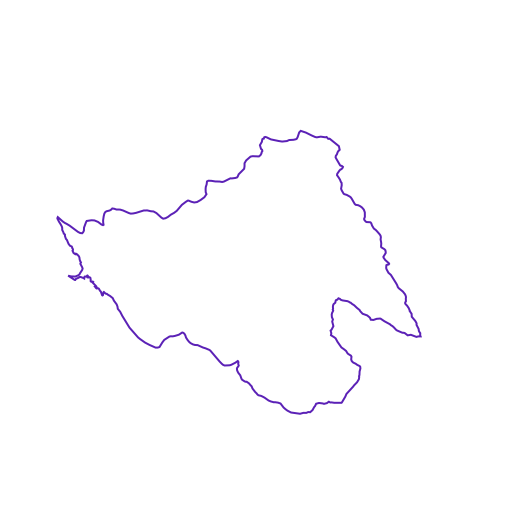 Encino, Santander, Colombia, rotated 309°
{"feature_id": "7082276B76520199809623", "entity_name": "Encino", "entity_type": "district", "adm_level": 2, "iso_a3": "COL", "parent_name": "Colombia", "parent_adm1": "Santander", "projection": "equal_earth", "projection_center": [-73.108, 6.085], "detail": "fine", "context": "isolated", "style": "outline", "palette": "violet", "viewbox_px": 512, "rotation_deg": 309, "n_neighbors": 0, "source": "geoboundaries", "source_scale": "gbopen_adm2", "svg_char_len": 6147}
<svg xmlns="http://www.w3.org/2000/svg" viewBox="0 0 512 512"><g transform="rotate(309 256 256)"><path d="M275.3,349.3L275.9,351.1L278.5,355.6L278.9,357.1L279.0,358.4L279.3,358.9L279.2,360.8L279.5,363.3L279.2,367.0L279.2,370.6L278.7,371.7L278.2,375.2L279.8,379.8L279.8,382.4L279.7,383.5L278.7,385.3L280.2,387.5L283.1,389.3L285.3,391.6L285.7,392.2L286.1,396.9L287.3,403.4L287.1,404.0L287.4,406.2L287.3,408.0L286.8,411.4L286.9,412.5L288.3,417.5L288.7,418.4L289.3,419.1L289.7,420.0L289.8,423.8L292.2,425.9L294.1,431.6L295.6,432.7L297.1,434.5L297.7,433.5L299.4,432.2L299.9,430.5L300.3,429.7L301.7,428.2L303.5,424.1L304.6,423.3L305.1,422.4L305.8,420.5L306.8,415.3L309.0,413.3L310.0,410.0L310.3,409.9L311.6,407.5L312.5,404.6L312.7,402.6L313.1,401.7L313.8,401.2L315.2,401.0L317.1,399.3L318.2,398.6L319.0,397.8L320.0,396.0L320.8,392.5L320.8,387.1L321.2,385.6L322.1,384.2L322.9,382.3L326.2,372.7L326.3,369.5L327.9,365.7L328.6,364.7L330.9,363.1L331.5,363.3L332.8,364.4L333.7,364.4L334.0,363.8L334.2,359.0L335.0,356.2L335.5,355.5L340.0,354.9L341.0,354.0L341.9,352.9L342.1,351.5L341.6,347.9L342.2,347.1L344.4,345.6L345.6,344.4L347.3,342.4L349.2,341.2L350.1,340.1L350.6,338.8L351.3,334.9L351.6,332.7L351.5,330.3L352.7,327.0L353.9,325.1L354.2,324.0L354.1,323.5L352.0,320.6L351.8,319.7L352.2,317.6L352.8,316.7L354.9,316.0L358.4,313.1L359.9,310.6L360.4,307.8L360.3,305.8L359.8,303.5L358.5,301.2L358.6,299.9L360.7,294.5L361.2,292.8L361.2,291.5L360.6,288.1L359.6,285.6L359.6,284.8L360.9,281.4L361.8,279.8L364.9,278.1L366.7,276.5L367.0,275.3L368.2,273.2L368.9,271.2L369.8,268.1L371.0,267.4L374.8,267.1L376.4,267.2L377.1,267.7L377.9,267.8L379.2,267.8L380.0,267.5L380.0,265.9L379.4,264.8L379.4,264.3L382.3,256.7L382.8,255.7L384.1,255.0L385.9,254.9L388.1,254.1L389.9,253.9L390.3,254.2L391.2,254.2L393.5,251.3L393.5,239.7L393.3,239.1L392.8,238.8L392.5,238.2L392.9,236.0L391.9,235.2L389.5,231.2L386.5,228.6L385.7,227.1L384.7,223.4L383.3,217.1L381.4,212.0L379.2,211.8L374.7,213.5L372.8,213.9L371.8,213.5L369.9,212.0L367.0,208.8L364.8,207.7L361.4,204.3L359.6,201.2L356.0,194.2L354.9,189.5L354.3,188.2L353.4,187.7L352.1,188.2L351.3,187.5L350.8,187.4L348.4,188.7L344.6,189.3L342.4,192.5L342.4,193.8L341.6,194.9L340.1,195.1L339.1,195.7L337.2,196.0L335.2,195.6L331.4,190.5L329.8,189.2L324.1,188.2L320.9,188.7L318.4,190.7L316.3,191.9L308.6,191.1L306.2,191.8L305.1,191.8L303.6,190.8L301.1,188.4L300.2,187.2L293.6,184.2L292.2,183.1L290.9,180.8L288.3,177.4L286.2,173.8L284.5,171.6L283.1,171.0L280.5,172.6L278.1,173.5L276.3,174.7L273.9,176.8L272.9,178.6L269.2,178.9L264.6,177.7L260.8,176.2L258.7,174.3L257.5,171.7L256.6,168.7L256.1,168.1L254.0,167.4L249.1,166.2L241.2,166.0L238.0,165.2L234.5,163.8L231.0,163.0L228.4,161.9L226.6,160.4L226.3,158.4L226.7,151.6L226.1,148.3L224.6,146.1L223.0,142.8L220.7,140.1L214.0,135.6L211.7,133.7L210.1,132.0L209.4,130.3L207.7,124.0L206.5,121.1L204.3,118.3L203.5,116.1L202.5,114.4L200.6,114.2L199.2,113.6L196.6,111.6L195.0,111.2L193.4,111.5L190.9,112.7L187.4,114.8L185.6,116.4L184.3,117.9L183.7,117.7L183.2,116.1L183.1,111.9L182.0,108.1L180.3,105.7L176.7,102.4L175.4,102.6L169.8,104.5L167.4,106.3L165.7,106.7L164.3,106.6L163.2,104.9L162.7,102.4L162.3,92.0L161.8,88.5L161.4,86.7L161.2,84.3L161.5,77.5L160.4,77.8L160.0,78.3L158.6,81.5L157.9,83.7L156.8,86.4L155.9,87.7L154.3,89.0L153.1,91.6L152.4,92.5L152.5,93.5L152.3,94.2L151.4,94.8L149.7,97.5L149.5,98.9L147.5,102.6L146.9,105.0L147.4,106.8L147.0,107.7L146.6,108.0L146.1,109.4L145.5,110.0L144.6,110.1L143.5,112.4L143.7,114.6L143.9,114.9L144.2,114.2L144.6,114.9L144.7,116.2L144.3,118.6L143.7,119.7L142.1,121.4L141.6,122.4L141.2,122.8L140.9,124.0L139.4,124.4L138.0,127.7L137.2,129.1L135.8,129.7L131.6,130.1L130.7,130.4L129.3,130.1L126.3,128.5L123.7,125.0L122.5,122.4L123.3,130.2L123.6,130.6L124.9,130.5L127.5,131.8L128.7,132.2L129.3,132.8L130.2,135.5L130.4,136.7L131.9,135.8L132.2,135.8L133.2,137.0L134.7,137.2L134.8,137.6L134.6,138.1L133.4,138.6L133.6,139.1L134.6,139.7L134.8,140.3L134.8,141.0L133.6,142.4L132.4,143.3L132.3,144.1L133.4,145.2L133.4,145.8L132.5,145.9L131.9,150.9L131.7,151.3L130.8,150.4L130.4,152.0L130.5,152.7L131.5,153.5L131.7,154.4L130.8,156.7L130.7,157.8L128.7,161.0L128.7,161.5L129.2,161.7L131.3,160.5L131.9,160.3L132.3,160.4L132.1,162.5L132.3,163.3L132.7,163.8L132.7,165.2L133.1,167.8L133.1,171.2L131.9,173.6L130.7,178.2L129.5,180.2L128.0,181.8L127.2,185.5L125.3,189.8L120.7,202.8L118.5,215.6L118.5,218.1L118.9,224.3L119.9,229.3L121.6,235.6L122.9,237.2L124.5,238.3L129.9,237.6L133.1,237.5L138.9,239.4L140.0,240.3L141.1,241.8L142.9,243.3L146.3,245.6L150.1,246.8L150.6,248.0L150.4,249.7L149.7,251.3L148.6,252.9L147.7,255.6L147.2,257.9L147.1,259.9L147.6,262.6L148.4,264.5L150.0,266.7L151.5,272.4L152.5,274.9L153.7,279.0L153.7,280.2L151.1,294.1L150.7,297.4L150.7,299.1L151.2,300.6L154.6,304.4L156.0,305.3L160.1,307.1L162.9,307.9L162.9,308.4L162.4,309.2L161.0,310.0L160.0,311.5L159.1,311.7L157.3,311.7L156.4,312.1L155.4,313.1L154.7,314.3L154.0,316.0L153.4,318.8L151.5,321.9L151.1,323.0L151.4,326.1L151.7,327.0L152.4,327.9L152.6,330.6L152.1,333.4L152.0,334.6L150.8,336.7L149.8,340.9L149.6,343.1L149.3,344.1L149.3,345.5L150.5,348.0L150.9,349.7L151.3,351.8L151.6,356.7L152.3,359.1L153.6,362.0L154.3,362.7L155.9,365.4L156.8,367.9L155.6,372.8L155.5,375.3L155.6,377.7L156.4,381.7L161.1,389.5L164.0,391.6L165.7,393.8L167.6,394.8L168.7,396.4L171.9,396.9L175.0,396.3L176.7,396.3L179.0,395.7L181.4,397.4L183.4,400.6L183.9,401.9L186.3,403.7L188.6,404.3L188.9,405.9L189.8,406.9L191.1,409.1L195.7,414.8L196.2,414.9L203.0,413.9L205.7,413.1L215.8,413.7L217.0,413.6L221.4,414.0L225.0,413.5L227.0,412.3L227.4,411.7L228.6,411.3L231.4,409.2L234.3,407.9L235.5,406.7L235.7,405.8L235.1,403.3L235.0,401.2L234.4,398.8L234.4,397.8L234.7,396.3L235.6,395.0L237.8,393.6L238.3,392.5L237.9,389.3L238.0,388.3L238.9,385.8L238.9,383.3L238.7,379.9L240.6,373.3L242.1,369.7L242.1,368.1L241.6,364.1L243.4,363.1L245.0,360.9L246.2,361.1L250.2,360.3L253.0,356.5L255.1,355.7L256.2,353.5L258.1,351.7L259.5,351.0L262.1,350.4L262.6,349.4L263.5,349.1L264.8,347.8L266.3,346.9L267.5,346.6L269.6,347.0L271.5,346.0L272.3,346.0L273.2,346.7L275.0,346.7L275.5,348.3L275.3,349.3Z" fill="none" stroke="#5b21b6" stroke-width="2"/></g></svg>